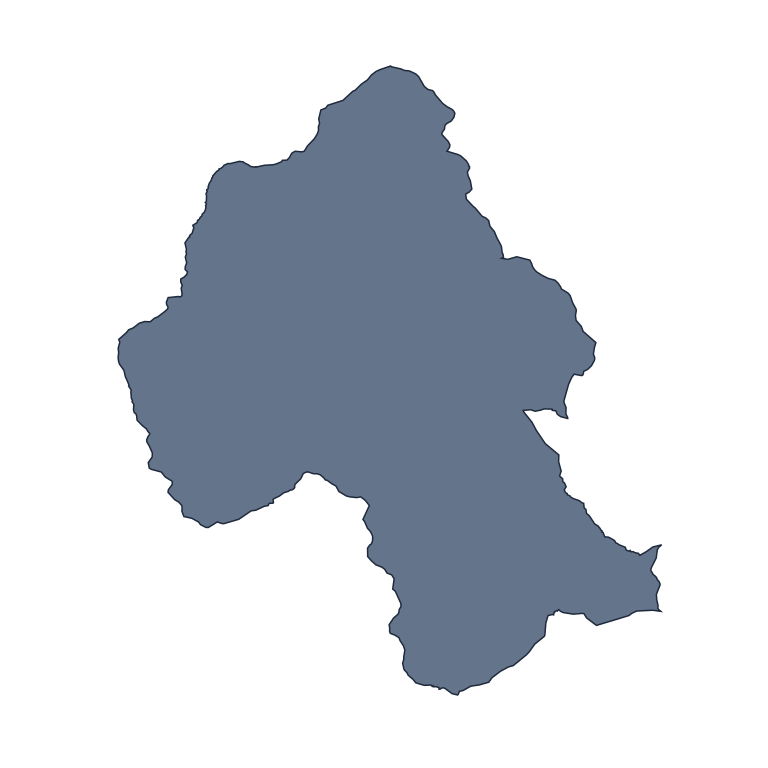 Ghimes-Faget, Bacau, Romania (Robinson projection), rotated 175°
{"feature_id": "2599482B75132506391920", "entity_name": "Ghimes-Faget", "entity_type": "district", "adm_level": 2, "iso_a3": "ROU", "parent_name": "Romania", "parent_adm1": "Bacau", "projection": "robinson", "projection_center": [26.074, 46.623], "detail": "fine", "context": "isolated", "style": "filled", "palette": "slate", "viewbox_px": 768, "rotation_deg": 175, "n_neighbors": 0, "source": "geoboundaries", "source_scale": "gbopen_adm2", "svg_char_len": 6142}
<svg xmlns="http://www.w3.org/2000/svg" viewBox="0 0 768 768"><g transform="rotate(175 384 384)"><path d="M625.2,320.7L623.3,319.3L613.5,315.7L610.1,310.5L603.6,305.6L603.4,304.8L604.0,302.0L608.0,297.5L608.6,294.9L602.6,287.0L598.7,284.2L596.1,280.6L595.9,278.9L596.4,274.8L594.9,269.4L587.2,267.0L580.7,262.6L579.1,259.9L573.8,256.6L571.4,256.4L562.1,261.1L558.2,259.3L555.8,258.8L540.4,261.9L527.4,269.2L522.8,269.4L514.0,272.6L509.9,273.0L509.1,274.8L508.3,275.1L505.1,274.9L504.4,275.5L504.7,278.3L504.0,279.2L497.8,281.6L493.3,284.4L488.7,285.4L486.7,286.5L485.2,286.4L483.1,287.4L482.0,288.6L481.8,290.8L481.2,291.9L475.1,296.9L472.3,301.7L470.0,302.8L467.5,303.1L461.9,300.7L458.5,300.4L455.4,299.1L452.0,295.5L450.8,293.5L449.0,293.0L444.6,289.1L440.8,286.6L438.3,280.8L431.2,275.7L428.1,274.6L421.1,273.2L417.2,273.6L415.1,271.9L412.7,269.6L409.2,264.2L416.8,250.9L415.4,248.8L413.0,241.7L410.6,238.5L409.2,235.4L408.6,233.0L409.1,228.7L410.5,225.8L412.2,224.9L414.7,221.9L415.3,213.5L411.9,208.9L408.0,204.7L401.9,201.6L399.4,199.3L397.5,195.4L393.0,193.2L390.9,189.1L393.2,178.9L390.8,176.6L386.3,163.8L386.5,160.7L388.5,158.1L388.9,155.9L390.0,153.5L394.9,150.0L399.9,143.7L399.6,140.1L400.0,137.4L399.5,135.1L395.3,133.0L391.2,130.0L390.3,126.8L387.5,121.6L386.4,117.2L388.0,110.9L388.4,107.7L389.8,104.3L388.9,97.7L386.3,94.3L385.3,91.8L381.0,87.4L378.3,83.5L370.2,80.3L363.5,80.0L362.3,78.5L361.3,79.1L361.2,78.2L360.7,78.0L358.4,77.9L355.8,76.8L355.8,75.1L354.6,75.2L352.8,76.2L350.3,75.9L343.2,69.6L337.9,67.8L337.2,68.2L335.7,71.2L331.8,71.8L323.9,75.4L315.3,75.9L305.6,77.8L302.1,81.9L293.0,87.7L284.7,91.3L279.8,92.2L265.7,101.8L262.4,104.8L256.5,111.7L246.2,118.7L245.6,120.1L243.6,131.8L240.8,139.0L236.3,139.7L235.2,139.2L234.5,141.6L233.9,141.6L233.6,142.6L231.9,143.0L231.2,142.6L229.7,144.1L228.0,142.2L225.5,140.7L215.4,138.2L206.4,138.2L204.8,137.8L202.6,133.3L193.4,125.0L160.1,132.0L157.0,134.0L152.0,135.8L136.1,135.2L128.1,133.4L130.5,135.9L130.7,137.4L130.3,139.1L131.1,145.3L131.0,150.7L126.5,159.7L126.5,161.0L127.3,163.4L128.9,165.4L129.2,167.0L130.2,168.6L132.7,171.0L133.1,172.5L134.4,174.7L134.4,175.7L133.5,178.0L128.0,186.9L126.2,195.0L124.6,197.3L121.4,199.6L130.4,198.2L137.6,194.0L143.9,191.1L143.9,191.6L144.7,191.8L145.2,193.1L148.7,194.1L150.3,195.2L152.6,195.4L153.3,196.8L154.7,196.1L156.1,196.9L157.3,197.8L157.8,200.3L164.3,203.6L165.2,204.7L167.0,205.6L167.8,207.7L169.7,209.3L173.8,211.9L177.4,212.5L178.7,217.0L179.9,217.6L179.5,218.6L180.4,219.2L181.4,221.4L183.3,224.1L186.3,226.2L190.9,234.8L193.5,237.4L193.8,241.6L194.9,242.4L195.4,243.4L195.5,247.8L197.0,248.3L199.7,250.8L205.7,253.5L207.8,255.1L208.6,256.4L211.0,257.7L211.0,258.8L212.6,260.0L213.7,262.8L211.5,265.7L212.5,268.9L213.2,270.2L214.3,270.8L214.3,274.1L217.1,277.0L215.1,281.8L216.8,291.4L216.0,298.1L228.5,310.5L236.3,324.5L239.9,333.0L247.1,343.8L247.6,345.5L240.2,345.6L235.8,343.7L230.2,344.3L226.8,345.2L219.1,344.4L218.6,344.1L218.7,343.1L215.2,342.3L213.9,338.7L210.9,336.1L204.0,333.6L203.9,334.5L205.4,338.3L204.7,344.8L206.2,349.5L206.2,351.6L200.2,367.5L196.4,374.2L193.8,377.2L186.7,375.2L185.5,375.3L184.6,376.6L184.0,379.2L180.0,380.7L175.8,384.0L172.5,388.9L171.9,390.6L171.8,391.8L172.8,395.6L171.2,401.9L169.3,406.8L181.0,419.0L182.5,424.3L187.1,430.7L187.3,435.6L186.1,440.1L186.1,441.8L189.1,448.8L190.9,456.0L192.8,458.6L198.9,463.1L199.7,465.6L201.9,469.4L204.6,472.5L211.3,474.9L217.4,478.7L221.9,482.2L223.7,484.2L225.8,487.9L226.4,491.0L227.9,494.7L240.7,499.2L249.8,497.4L255.8,499.0L253.9,499.7L254.1,502.6L254.9,505.1L255.0,510.0L255.4,512.0L258.7,519.6L260.8,526.3L264.7,531.9L265.5,537.7L268.2,540.6L271.6,542.5L277.9,551.5L279.4,552.8L285.8,560.9L286.1,566.1L282.6,567.6L279.5,570.5L280.3,579.1L282.0,583.9L282.5,587.8L280.0,591.4L279.8,593.0L280.7,593.7L280.4,594.7L282.4,598.9L287.5,604.4L290.4,606.2L301.0,610.4L298.2,613.9L297.5,616.4L298.8,619.9L304.1,626.9L304.6,628.0L304.2,629.5L301.6,632.5L300.8,636.1L300.1,636.9L298.7,638.0L294.1,640.1L291.1,643.6L289.8,647.5L291.0,650.2L292.4,651.7L296.8,654.6L301.1,658.4L307.5,667.4L309.0,670.8L310.1,672.1L314.2,673.4L316.6,675.5L318.1,677.3L322.7,687.2L325.4,690.2L331.3,693.6L336.6,694.7L339.6,696.4L348.8,699.3L349.7,700.2L360.8,697.5L364.6,696.1L369.4,693.1L374.1,688.3L380.1,684.9L387.2,679.1L389.6,678.3L400.2,670.1L415.6,666.6L418.1,663.9L423.0,662.5L425.9,653.8L425.5,649.1L426.9,646.2L427.2,642.0L428.7,638.9L432.0,634.4L439.5,627.8L443.1,622.9L445.5,622.4L452.3,623.6L455.8,621.9L458.5,617.8L461.2,615.5L465.8,615.7L466.6,614.4L472.2,612.6L475.5,612.1L484.1,612.3L492.7,611.2L492.7,611.6L494.0,611.4L498.1,612.4L499.9,614.1L504.1,616.6L504.7,617.5L508.8,618.4L517.9,617.0L520.5,617.2L524.3,615.8L526.1,614.0L528.0,612.9L529.5,612.7L530.0,611.5L532.2,610.3L536.5,606.2L536.7,604.8L537.6,604.2L538.3,602.1L540.6,599.1L542.0,595.9L542.0,594.2L543.7,592.9L543.8,592.3L543.3,591.2L544.7,589.2L544.4,586.6L545.1,581.1L546.2,580.5L545.2,578.6L546.2,577.2L546.0,575.4L547.0,572.5L548.3,570.5L550.2,569.2L550.9,567.2L552.6,566.0L553.6,564.1L555.5,563.3L555.7,561.9L556.4,560.9L560.6,558.8L560.4,557.6L559.9,557.1L560.0,555.9L562.0,550.9L564.7,548.9L564.7,547.4L565.8,547.1L570.0,541.9L569.1,535.6L569.8,532.6L569.4,531.6L569.6,530.2L570.9,527.8L570.0,521.9L571.7,518.4L572.1,516.1L572.1,515.3L570.1,513.0L570.2,512.2L571.0,510.3L574.0,507.8L577.3,506.3L577.6,503.3L576.4,499.8L577.7,497.1L577.3,491.2L577.9,489.4L579.4,488.5L581.3,489.1L591.5,488.9L593.6,484.7L593.7,482.2L592.5,479.7L592.8,477.9L595.3,475.8L603.6,470.6L607.1,469.5L610.8,466.8L612.3,466.4L616.9,467.1L622.5,465.9L628.8,461.8L633.6,460.3L636.3,457.5L644.4,451.5L643.5,448.8L645.7,442.8L645.6,438.5L646.6,433.4L646.4,429.3L645.7,426.7L641.9,420.3L641.0,413.8L638.5,406.5L638.2,404.8L638.6,404.1L636.4,400.1L636.9,397.9L636.9,391.7L636.0,389.5L636.5,388.6L636.3,387.7L635.3,386.3L635.1,384.7L635.8,380.4L635.3,377.3L633.8,376.0L633.2,373.9L633.1,369.4L628.1,363.3L624.5,359.9L623.4,357.3L621.7,355.1L622.3,353.6L623.5,352.5L625.3,349.1L625.2,346.8L623.3,342.8L620.8,335.5L621.3,331.5L625.7,326.2L625.2,320.7Z" fill="#64748b" stroke="#1e293b" stroke-width="1.5"/></g></svg>